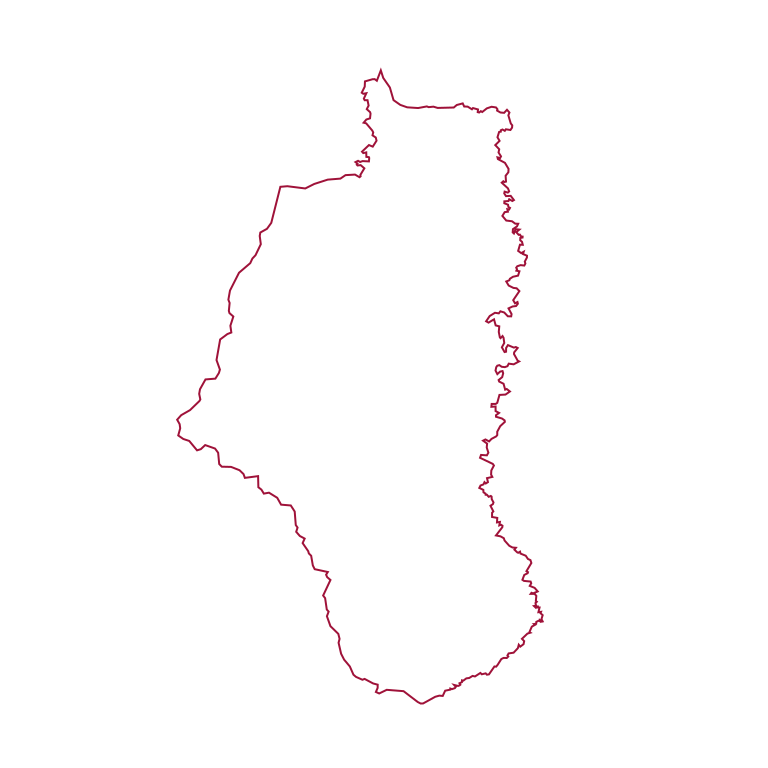 outline of Ngoajane, Butha-Buthe, Lesotho, rotated 100°
{"feature_id": "5366337B97344543067917", "entity_name": "Ngoajane", "entity_type": "district", "adm_level": 2, "iso_a3": "LSO", "parent_name": "Lesotho", "parent_adm1": "Butha-Buthe", "projection": "orthographic", "projection_center": [28.545, -28.658], "detail": "fine", "context": "isolated", "style": "outline", "palette": "rose", "viewbox_px": 768, "rotation_deg": 100, "n_neighbors": 0, "source": "geoboundaries", "source_scale": "gbopen_adm2", "svg_char_len": 6126}
<svg xmlns="http://www.w3.org/2000/svg" viewBox="0 0 768 768"><g transform="rotate(100 384 384)"><path d="M679.0,353.9L677.8,351.9L680.8,342.7L681.2,338.0L684.4,337.5L688.7,338.5L689.6,335.0L684.7,328.2L683.1,311.4L691.3,295.6L692.3,292.4L691.8,290.0L683.1,279.2L681.3,275.4L681.0,272.0L675.4,270.5L673.5,265.7L672.4,265.8L672.7,264.1L671.2,261.4L669.8,260.7L668.2,262.7L668.5,258.6L667.7,257.3L666.9,256.6L665.6,257.7L664.1,255.5L662.3,255.7L662.4,254.4L659.6,251.8L658.7,249.0L656.1,246.1L656.2,243.6L651.8,238.9L652.9,237.3L651.3,233.6L652.4,232.2L651.7,230.2L643.0,226.2L642.9,224.5L641.0,223.4L634.5,220.7L633.0,218.7L632.5,215.5L630.8,214.3L629.9,215.3L627.7,214.5L626.1,209.7L620.9,206.3L617.4,206.0L619.0,204.2L616.0,201.4L612.9,201.3L611.0,203.9L604.9,199.4L603.5,196.7L603.1,197.7L597.3,196.3L594.9,193.4L594.3,194.5L593.6,192.5L591.8,192.7L590.1,190.4L590.6,189.2L589.6,189.4L590.7,187.4L590.3,186.5L588.2,188.1L584.1,187.6L582.5,190.1L581.1,189.8L581.9,192.3L577.1,192.0L577.4,194.0L576.4,193.9L576.5,195.3L577.9,195.7L576.6,197.7L575.8,195.8L573.4,196.8L571.9,195.7L571.3,196.8L566.2,197.2L564.5,199.2L565.2,203.1L564.0,202.5L564.3,200.8L561.6,196.6L558.6,200.3L557.5,205.4L554.7,204.4L553.1,205.3L553.6,212.0L552.8,213.7L547.7,212.7L545.4,209.7L544.3,209.5L543.6,211.2L534.7,207.8L532.0,209.2L531.3,211.9L528.5,214.6L527.3,220.1L525.5,220.9L526.9,222.5L526.7,223.5L524.5,226.8L522.4,225.7L522.7,229.1L521.6,232.5L517.2,238.1L515.1,239.2L513.8,242.8L513.7,247.4L504.5,242.6L503.0,242.7L502.3,244.3L503.2,245.9L499.7,245.9L500.7,248.7L496.2,249.2L496.2,254.5L492.0,255.2L490.5,254.2L485.4,258.0L483.4,255.9L481.6,255.6L478.7,257.9L476.2,258.5L475.7,259.4L476.9,261.3L475.2,263.4L475.4,264.7L474.3,265.0L473.4,267.2L471.0,267.8L469.8,272.1L467.2,271.3L465.6,268.6L463.2,268.0L464.3,266.5L462.6,264.6L458.8,266.2L456.7,261.2L454.6,262.8L450.5,263.3L445.2,261.6L443.8,263.0L440.0,276.6L437.0,276.1L436.4,270.3L433.5,269.3L428.7,271.8L424.8,272.1L422.6,276.6L421.0,274.5L422.3,270.5L419.4,268.6L416.1,264.4L414.6,263.6L411.3,264.2L405.3,262.2L400.3,258.4L398.9,258.9L397.5,261.8L396.8,268.0L395.3,268.3L392.5,265.7L391.3,269.4L386.8,270.2L387.8,274.3L384.9,274.5L384.2,270.5L382.9,269.2L374.7,268.4L373.3,262.5L369.5,258.7L367.6,262.3L368.5,263.7L363.0,266.3L361.6,271.0L360.2,271.8L356.7,268.8L352.7,268.5L350.7,269.5L351.6,271.8L354.6,274.1L351.4,276.5L348.0,276.4L346.3,275.6L345.4,273.7L346.6,271.1L346.4,267.9L345.0,265.5L342.3,264.7L342.1,259.7L338.3,254.9L337.8,256.4L331.9,261.2L330.2,261.3L325.3,258.6L324.7,260.6L325.6,262.4L324.2,268.7L327.3,270.0L331.0,269.4L331.6,270.8L327.4,274.3L322.7,272.7L317.7,274.3L316.2,275.6L318.6,277.2L318.0,278.0L312.8,280.0L307.2,280.5L306.9,284.2L301.2,286.9L305.4,291.7L304.5,294.3L298.7,291.7L294.6,287.1L294.5,283.2L292.2,282.0L292.7,278.0L295.8,273.8L295.3,270.5L293.0,270.5L287.9,274.5L285.3,270.8L284.3,267.5L281.7,266.1L280.1,266.8L281.8,269.0L279.0,271.3L269.0,266.8L266.7,270.0L266.9,273.2L265.4,278.3L261.8,281.4L260.1,278.6L258.5,278.3L256.0,275.6L254.0,270.8L249.5,270.2L249.4,273.3L247.9,272.9L246.5,274.0L244.9,273.2L243.2,270.1L243.0,266.4L240.8,265.7L239.0,266.6L234.6,265.2L232.8,265.5L231.9,269.7L229.5,269.4L231.3,271.6L229.6,275.0L223.2,274.3L222.8,271.5L220.0,272.8L218.8,274.8L216.4,275.1L215.7,273.0L214.8,273.1L215.0,274.4L213.3,276.1L213.7,277.3L211.5,280.1L208.4,277.5L208.7,281.3L213.2,282.2L212.3,283.6L209.1,283.9L205.7,280.4L202.9,279.7L203.3,282.6L201.5,286.2L201.8,292.0L197.9,296.6L193.8,295.0L192.8,291.9L190.4,292.9L190.5,291.1L188.7,290.5L188.1,292.2L185.9,293.0L185.1,296.9L183.2,297.2L182.2,293.2L180.3,292.8L181.5,289.4L180.3,288.0L176.7,291.9L177.8,296.5L175.4,298.7L173.6,298.6L174.0,295.3L172.6,294.2L169.8,295.9L165.3,303.0L163.6,301.7L164.2,300.6L163.5,299.0L157.8,300.4L153.9,298.3L150.5,298.7L145.2,303.3L142.7,310.9L141.1,311.6L141.3,308.9L139.5,308.3L136.1,311.4L132.8,311.3L129.4,315.9L124.5,312.4L121.3,315.1L115.8,314.4L115.2,312.8L113.8,313.0L112.8,311.5L113.7,309.0L112.0,308.2L111.9,303.6L109.3,302.4L107.0,302.6L105.4,304.4L97.8,308.2L94.9,307.6L92.6,310.5L96.1,312.8L96.4,316.5L95.1,320.1L93.7,320.0L92.2,321.7L92.3,326.2L94.7,330.6L99.1,334.5L98.5,336.0L100.1,337.4L100.0,338.9L97.3,339.1L96.8,344.3L98.2,345.1L96.3,349.8L96.8,353.2L94.0,355.2L96.6,360.8L99.6,363.3L102.8,379.1L102.3,383.5L103.6,388.1L103.2,390.0L106.3,398.3L107.5,409.2L106.3,416.4L102.8,423.9L91.0,429.7L82.7,437.9L75.7,441.6L86.6,443.7L85.4,446.1L85.8,448.1L89.3,455.3L94.5,454.6L101.0,456.5L101.8,454.8L100.7,451.9L106.5,453.4L107.9,452.3L107.4,449.5L112.5,447.5L116.3,448.7L118.7,444.9L120.1,444.2L124.8,443.9L126.6,447.3L130.2,449.4L130.4,446.8L136.4,439.6L138.1,438.3L141.1,438.5L142.7,434.9L145.7,433.6L152.2,436.3L151.3,440.3L159.0,446.0L160.2,444.5L159.0,441.7L163.4,440.8L163.2,438.3L164.0,437.8L167.4,437.5L168.2,443.8L169.5,446.1L168.7,448.3L170.4,450.6L171.6,448.4L172.7,448.9L173.4,448.0L172.5,445.0L175.0,440.8L182.2,443.6L183.5,443.1L184.6,444.0L182.8,448.9L185.0,458.2L189.3,462.6L192.5,474.9L199.1,487.4L205.1,495.5L206.0,513.5L207.8,520.3L244.9,523.0L251.5,526.2L256.3,532.1L259.8,532.1L267.7,529.6L279.5,532.9L283.3,535.4L288.2,536.7L299.6,546.1L318.7,551.9L328.0,551.9L331.0,550.1L338.9,549.5L341.0,548.5L343.7,544.1L353.3,545.4L359.8,543.3L362.0,546.9L368.6,553.1L389.5,553.1L398.3,548.1L401.8,548.5L408.0,551.0L410.5,560.6L421.1,564.3L425.8,564.3L431.1,562.2L432.8,562.8L443.4,570.5L449.9,578.3L455.1,581.5L459.0,578.3L463.0,577.0L470.4,577.7L473.0,572.1L473.9,565.9L481.8,556.6L480.0,553.1L475.2,549.5L476.9,539.2L480.5,535.4L491.4,532.4L493.6,529.4L492.2,520.2L494.0,511.3L497.1,506.7L500.6,504.7L496.6,492.0L507.5,489.8L509.3,486.4L512.8,483.3L511.0,478.4L514.6,469.4L520.7,464.4L519.8,454.7L525.1,449.8L538.2,446.4L540.4,444.2L544.8,444.8L548.3,440.5L550.0,435.3L554.8,436.5L561.8,429.6L563.9,428.6L565.8,425.9L575.0,422.6L578.4,420.1L578.9,406.7L581.9,407.9L584.1,406.4L586.3,402.7L602.9,407.2L605.1,404.8L616.0,401.2L617.8,399.0L622.6,399.9L631.8,394.7L638.0,385.6L642.7,383.5L646.7,383.8L657.1,379.4L662.4,375.4L668.1,368.6L675.6,363.6L677.3,360.7L679.0,353.9Z" fill="none" stroke="#9f1239" stroke-width="2"/></g></svg>